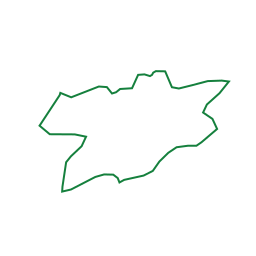 the border of Bar, rotated 116°
{"feature_id": "MNE-1496", "entity_name": "Bar", "entity_type": "Municipality", "adm_level": 1, "iso_a3": "MNE", "parent_name": "Montenegro", "parent_adm1": "", "projection": "mercator", "projection_center": [19.125, 42.167], "detail": "fine", "context": "isolated", "style": "outline", "palette": "green", "viewbox_px": 256, "rotation_deg": 116, "n_neighbors": 0, "source": "natural_earth", "source_scale": "10m", "svg_char_len": 763}
<svg xmlns="http://www.w3.org/2000/svg" viewBox="0 0 256 256"><g transform="rotate(116 128 128)"><path d="M180.7,111.8L177.5,115.3L176.4,120.8L180.2,129.1L186.3,135.9L208.3,152.3L214.0,159.3L209.4,161.2L185.9,168.6L178.5,166.9L164.7,161.7L154.2,161.9L157.1,173.1L167.9,195.6L164.7,208.5L128.4,203.8L126.1,204.2L125.3,192.5L103.5,172.4L100.5,164.9L104.0,157.5L101.1,154.4L96.4,152.2L90.5,141.8L75.8,142.2L72.6,136.7L71.7,131.0L69.7,129.7L67.2,129.6L64.7,127.9L60.8,119.5L60.8,119.4L72.1,106.4L70.2,99.6L61.5,89.2L50.9,76.9L44.3,64.5L42.0,57.7L56.6,61.0L72.3,67.4L81.2,67.3L82.8,56.1L89.8,47.5L108.6,55.7L113.9,58.7L117.7,66.4L124.0,75.9L132.6,80.9L144.4,85.1L155.7,86.9L163.9,93.1L176.3,108.7L180.7,111.8Z" fill="none" stroke="#15803d" stroke-width="2"/></g></svg>